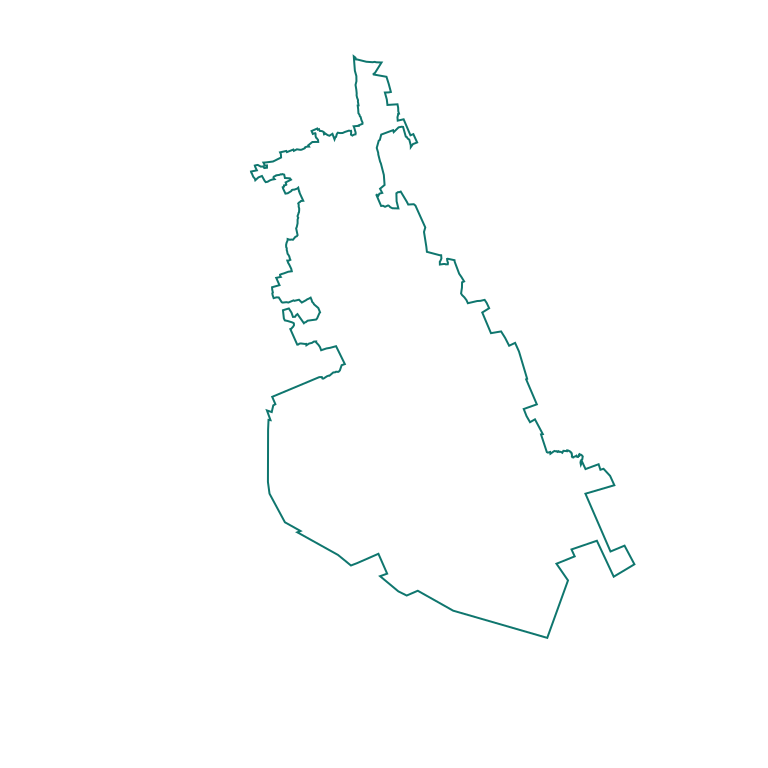 Tekax, Yucatán, Mexico, rotated 331°
{"feature_id": "50627088B47903559300993", "entity_name": "Tekax", "entity_type": "district", "adm_level": 2, "iso_a3": "MEX", "parent_name": "Mexico", "parent_adm1": "Yucatán", "projection": "natural_earth1", "projection_center": [-89.263, 19.978], "detail": "fine", "context": "isolated", "style": "outline", "palette": "teal", "viewbox_px": 768, "rotation_deg": 331, "n_neighbors": 0, "source": "geoboundaries", "source_scale": "gbopen_adm2", "svg_char_len": 6157}
<svg xmlns="http://www.w3.org/2000/svg" viewBox="0 0 768 768"><g transform="rotate(331 384 384)"><path d="M403.7,685.2L449.7,645.0L447.7,624.8L467.2,627.2L467.8,619.6L494.2,624.3L491.5,663.9L515.6,663.1L516.0,642.0L500.9,640.3L507.0,577.6L536.4,584.2L537.2,574.0L534.9,564.6L531.7,563.9L532.8,558.2L519.0,556.1L519.6,548.1L517.1,550.0L517.7,548.1L518.7,546.8L519.6,546.8L519.9,546.1L520.8,546.1L522.7,543.7L522.5,542.5L522.1,541.5L521.4,541.2L521.1,540.1L520.4,540.2L519.8,541.6L519.0,541.5L518.4,541.9L517.6,541.4L517.6,540.0L516.6,540.1L514.3,539.7L514.0,540.0L513.2,539.4L513.2,538.4L513.9,537.5L514.2,536.2L514.6,535.7L514.5,534.5L514.1,534.3L514.0,533.1L512.7,531.3L512.0,530.8L511.5,531.5L508.5,529.4L506.6,530.6L506.0,529.4L504.8,528.3L504.3,528.3L504.0,527.4L502.9,527.6L502.4,526.9L502.5,526.5L501.2,525.9L500.8,525.3L500.0,525.2L495.7,525.7L496.3,524.0L494.1,523.5L493.4,522.5L496.9,504.2L498.6,504.8L498.9,488.1L493.2,488.2L493.1,481.2L494.1,473.6L507.8,475.9L510.6,448.8L511.7,448.9L517.8,421.1L518.6,411.6L512.0,411.2L512.3,402.5L511.9,394.8L502.2,391.4L504.6,369.1L512.7,368.7L513.1,362.8L512.8,359.2L508.6,358.0L505.7,356.6L496.5,354.0L496.8,350.7L496.3,347.1L495.4,344.1L495.3,342.2L498.9,337.5L501.6,332.9L503.8,333.1L503.6,328.1L503.2,324.0L505.1,311.3L505.7,309.9L500.4,305.3L499.8,305.2L499.1,306.9L498.7,309.0L497.8,310.2L496.0,309.3L495.5,308.6L494.2,307.9L490.8,306.6L492.1,304.1L493.3,303.5L495.1,302.0L496.4,299.1L495.1,298.3L485.6,289.2L487.6,284.4L492.7,270.4L496.0,267.1L498.0,243.2L497.2,241.2L492.2,238.8L492.3,235.6L491.9,223.8L490.2,223.6L489.4,223.0L487.3,223.2L483.6,230.3L481.7,237.4L476.6,234.4L475.2,232.4L474.7,230.5L474.1,229.8L470.8,229.5L469.5,227.6L467.8,226.9L469.0,215.1L469.5,215.0L470.1,216.7L472.3,215.3L475.1,216.0L475.2,211.3L481.0,210.2L485.2,201.1L488.2,189.6L488.4,187.6L490.3,180.4L491.0,179.0L492.1,174.0L497.4,168.6L498.7,168.5L502.5,164.5L515.0,166.4L514.6,168.4L521.2,166.6L524.3,167.6L525.3,168.4L523.0,178.2L523.7,179.2L523.7,180.8L524.6,182.5L523.1,188.3L522.3,189.8L525.6,188.2L530.1,188.8L530.8,179.7L527.7,179.3L529.5,162.0L523.7,160.3L525.1,157.2L526.9,155.3L527.2,154.7L528.2,154.9L528.7,152.4L530.3,149.3L531.4,145.9L522.3,141.6L524.4,136.5L526.1,129.5L529.6,131.3L531.6,131.9L533.6,123.9L535.1,116.5L525.0,108.3L525.1,107.8L527.2,107.4L537.7,101.6L533.1,98.8L532.1,97.8L530.0,97.0L524.8,93.6L517.7,87.0L516.9,86.6L517.2,84.7L516.4,82.8L510.4,95.9L509.1,101.3L506.7,105.8L504.1,108.6L502.5,113.1L501.0,116.6L500.0,118.2L499.3,120.4L498.9,123.1L498.1,124.3L496.8,128.0L496.0,127.7L494.7,131.0L492.9,134.8L493.1,136.6L492.7,138.1L493.0,139.1L492.2,142.3L492.0,144.9L491.3,146.0L487.3,145.5L487.1,146.0L482.4,143.9L482.3,144.9L481.2,149.9L480.8,151.0L480.1,151.8L479.8,151.6L477.9,151.3L476.8,151.4L476.0,149.9L477.6,147.5L477.9,146.6L477.3,146.4L476.2,145.4L472.0,144.6L469.5,144.4L467.3,143.3L465.4,141.8L463.8,142.6L461.9,144.6L461.2,144.5L459.3,146.1L460.2,140.2L456.6,140.4L455.3,138.9L453.9,136.0L453.2,136.7L452.6,136.6L453.4,134.3L452.3,132.7L450.5,131.5L450.7,129.6L449.4,129.5L449.5,128.2L443.3,127.6L443.0,130.8L444.5,131.0L445.5,131.4L445.4,132.1L444.4,133.8L444.0,135.6L444.4,136.6L444.6,138.6L443.8,140.4L438.7,137.6L433.5,138.5L433.5,140.0L432.3,139.3L430.6,138.8L429.5,138.8L429.2,139.3L428.8,139.4L425.5,139.1L424.3,138.6L421.6,136.5L418.2,136.4L418.4,135.0L411.5,134.1L411.5,132.8L405.4,131.0L405.3,132.8L403.8,136.0L394.8,135.6L388.0,132.9L385.9,131.9L385.9,133.2L385.6,134.5L385.7,135.2L387.6,136.1L386.5,138.1L384.0,137.1L383.7,135.1L381.7,134.2L379.8,131.2L378.1,130.6L376.9,130.3L376.6,131.7L376.4,135.5L370.7,133.7L370.4,134.8L370.5,135.8L370.1,139.4L370.6,141.8L370.2,143.4L374.4,142.4L378.1,142.9L378.1,148.4L378.4,150.1L380.3,150.7L382.7,150.6L385.0,150.9L387.6,151.8L387.3,150.5L387.4,149.9L387.8,149.4L388.5,149.2L390.3,149.4L390.8,149.2L393.9,150.4L395.3,150.5L396.1,151.1L396.8,151.1L398.2,152.5L397.2,155.8L401.4,158.5L401.7,160.2L395.7,160.0L395.2,162.3L394.6,162.4L392.8,161.8L392.2,162.9L390.8,162.8L390.5,164.1L390.1,169.7L392.3,170.5L396.5,170.3L397.3,169.7L398.6,169.9L399.7,170.5L402.7,171.0L404.2,170.7L403.1,174.3L403.3,174.4L402.8,176.3L402.2,184.6L400.1,183.7L398.5,184.1L397.5,184.1L396.5,184.5L396.3,185.9L395.3,187.6L394.9,189.4L393.8,191.3L392.7,192.8L392.2,192.9L391.6,193.7L389.9,195.1L389.6,195.7L389.6,197.0L388.2,198.2L386.3,201.6L383.8,204.4L382.6,205.3L380.6,211.9L379.4,212.5L377.9,212.3L374.3,213.7L372.8,212.6L371.7,212.3L370.0,210.5L369.4,211.6L367.3,213.2L365.8,214.9L364.8,216.9L364.8,218.0L363.8,219.8L363.6,221.0L363.0,222.7L362.8,223.5L363.0,224.6L363.0,226.5L362.4,228.8L362.3,230.0L360.7,229.9L359.3,229.2L358.9,231.8L359.0,233.4L358.7,238.3L358.0,240.7L354.7,239.4L350.0,238.7L347.9,238.2L346.1,238.0L345.5,239.4L345.6,240.3L341.2,238.9L340.5,246.9L333.0,245.1L332.1,247.0L331.1,250.2L330.3,250.5L329.7,252.1L329.1,255.4L332.0,256.1L333.9,257.3L334.2,262.9L334.9,263.7L338.3,265.1L339.9,266.4L345.4,267.0L345.9,267.8L350.5,269.1L351.6,272.9L356.5,272.9L358.0,272.7L359.4,272.9L361.7,272.9L361.4,275.6L361.0,277.3L361.5,279.4L361.4,280.4L363.4,285.7L362.8,290.4L362.0,290.6L357.3,294.2L355.9,294.7L347.9,291.6L345.6,292.0L344.3,291.7L343.4,292.0L342.2,280.9L340.5,281.2L338.8,282.1L336.9,281.2L337.7,276.7L337.4,271.8L331.4,270.5L328.2,278.1L328.1,280.3L330.1,282.0L333.4,285.4L334.5,286.9L334.5,287.4L333.8,288.9L332.2,289.9L331.5,290.0L329.6,290.8L329.1,290.5L328.7,290.5L327.2,307.5L328.1,307.9L329.6,307.7L330.9,308.2L334.2,310.6L335.4,311.2L334.9,312.5L338.1,312.3L340.9,313.1L343.2,312.9L345.3,313.9L344.8,314.6L345.7,318.2L345.9,320.8L345.4,324.0L350.9,325.0L354.3,326.2L360.4,327.7L359.4,347.6L356.1,347.0L352.0,350.7L350.6,351.2L349.8,351.2L348.0,350.0L347.0,350.1L345.2,349.3L340.3,350.3L339.8,349.9L338.0,349.6L333.8,349.9L333.2,349.7L332.8,349.3L333.0,347.8L330.7,346.6L280.0,341.0L279.2,349.0L276.8,349.0L272.2,354.1L268.8,350.4L267.2,360.6L265.6,359.4L260.4,367.9L235.0,413.4L230.7,424.4L230.3,456.9L239.7,472.1L236.3,471.7L260.9,511.2L267.1,526.7L273.4,527.6L296.8,529.8L294.8,551.4L287.4,550.2L296.0,572.3L301.3,580.0L313.3,581.2L334.6,615.8L403.7,685.2Z" fill="none" stroke="#0f766e" stroke-width="2"/></g></svg>